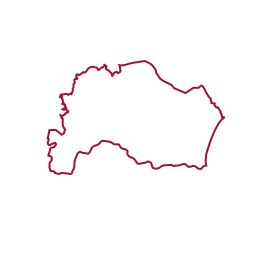 Coahuayana, Michoacán, Mexico (Albers equal-area conic projection), rotated 240°
{"feature_id": "50627088B63268830739579", "entity_name": "Coahuayana", "entity_type": "district", "adm_level": 2, "iso_a3": "MEX", "parent_name": "Mexico", "parent_adm1": "Michoacán", "projection": "albers", "projection_center": [-103.604, 18.758], "detail": "fine", "context": "isolated", "style": "outline", "palette": "rose", "viewbox_px": 256, "rotation_deg": 240, "n_neighbors": 0, "source": "geoboundaries", "source_scale": "gbopen_adm2", "svg_char_len": 5802}
<svg xmlns="http://www.w3.org/2000/svg" viewBox="0 0 256 256"><g transform="rotate(240 128 128)"><path d="M154.4,50.7L153.0,51.0L152.6,51.4L152.2,52.1L152.4,53.1L152.4,53.8L152.0,55.1L151.8,57.2L151.5,57.6L150.9,57.7L150.2,57.6L149.8,57.4L149.3,56.6L149.0,55.7L148.8,55.2L148.5,54.8L148.4,54.2L148.8,52.8L149.2,52.1L149.5,51.2L149.4,50.9L148.8,50.1L148.2,49.7L147.2,48.8L145.1,46.5L144.4,45.6L144.1,45.4L143.7,45.3L143.0,46.2L141.5,47.2L141.1,47.3L140.5,47.1L140.0,46.7L138.6,46.1L137.7,44.5L137.4,43.5L137.1,43.0L136.0,42.0L132.9,40.2L131.9,39.9L130.4,39.7L129.9,39.4L129.5,39.6L129.1,39.8L128.8,40.2L128.1,41.5L127.7,41.9L126.9,42.4L126.1,42.6L125.7,42.6L125.4,42.4L124.4,43.5L123.2,44.6L122.7,45.5L122.5,46.1L122.2,48.1L122.0,48.6L121.7,49.0L121.3,49.3L118.6,53.2L117.6,54.2L117.0,55.0L116.8,56.5L117.3,57.3L118.5,58.3L119.5,60.1L120.8,61.8L121.4,62.2L122.5,62.7L123.1,63.3L124.2,63.9L126.9,66.1L129.4,69.2L129.8,70.1L130.7,70.9L131.4,72.6L131.5,74.0L131.2,74.6L130.5,75.4L129.7,75.8L128.8,76.6L127.7,78.3L125.8,80.4L125.9,81.1L125.8,81.6L126.0,82.2L126.3,82.7L127.5,84.9L128.4,86.1L129.2,87.3L129.4,89.9L128.7,92.9L128.6,94.1L129.2,96.4L129.5,97.1L129.7,97.9L129.8,99.2L129.6,99.8L125.4,105.0L124.3,106.1L123.6,106.5L121.4,107.5L120.6,108.2L119.4,110.1L119.0,110.9L118.8,111.5L118.4,111.7L117.9,111.7L117.7,111.9L117.3,111.9L115.2,111.9L114.0,112.3L113.2,112.8L110.5,115.2L109.6,115.8L108.7,116.1L107.2,115.5L106.8,114.9L105.7,114.4L103.6,114.5L101.8,115.2L99.9,117.0L98.9,117.5L96.9,118.1L95.9,118.2L93.8,118.2L92.9,118.3L91.9,119.0L91.3,120.2L90.4,122.4L89.4,125.5L89.1,127.2L88.9,128.8L86.4,130.6L85.2,130.4L84.4,130.0L83.1,129.9L82.1,129.7L81.4,129.7L80.5,129.9L80.1,130.4L79.7,130.7L78.3,132.7L77.9,134.5L77.9,136.1L78.1,138.2L77.9,139.6L77.6,140.8L76.4,142.9L75.3,145.3L74.5,146.8L74.0,147.3L72.5,148.4L71.9,149.1L71.7,150.2L69.9,154.0L69.7,155.7L69.1,157.7L68.1,159.5L66.5,160.1L65.1,160.4L63.9,161.3L63.3,162.6L62.7,165.3L61.9,166.3L61.1,167.2L58.4,168.2L57.3,169.0L57.0,169.5L56.2,170.3L56.1,171.0L56.7,172.6L57.1,174.1L56.9,174.9L56.7,176.1L56.3,176.8L56.6,176.9L56.8,177.2L58.7,177.8L59.9,178.4L60.7,178.9L61.3,179.2L62.7,180.1L63.0,180.4L63.5,180.6L63.7,180.9L64.2,181.2L64.7,181.7L64.9,181.7L65.7,182.3L67.5,184.0L68.2,184.9L68.8,185.3L69.3,185.9L69.3,186.1L69.6,186.4L70.5,187.2L71.8,188.9L72.6,189.5L73.1,190.3L73.7,190.7L74.0,191.3L75.2,192.5L77.2,195.0L77.9,195.8L78.2,196.3L79.6,198.0L81.8,201.0L84.8,205.7L86.4,208.3L87.9,211.7L88.4,213.3L88.8,216.0L89.1,216.4L89.3,216.5L89.5,216.4L90.2,215.6L90.1,215.0L90.6,214.9L91.6,215.3L92.3,215.3L93.0,215.9L93.9,215.7L94.3,215.9L95.0,215.8L95.4,216.1L95.7,216.1L96.1,216.5L96.5,216.6L97.0,216.4L98.9,216.2L100.3,216.3L100.6,216.1L100.9,215.8L101.1,215.8L101.5,214.9L102.4,214.5L103.3,214.7L103.8,214.3L104.4,214.2L104.8,214.6L105.3,214.6L105.9,215.1L106.0,215.3L106.2,215.1L106.3,214.7L107.9,212.7L108.8,213.3L109.2,213.4L109.3,213.5L109.8,213.3L110.4,213.3L111.4,214.0L111.6,214.3L115.6,213.5L117.8,213.6L119.5,213.4L123.5,213.7L124.8,213.7L126.3,213.6L127.9,212.9L128.1,212.5L127.5,209.3L130.1,204.7L129.5,195.3L139.5,187.8L143.4,187.3L150.6,182.4L154.1,180.7L156.4,180.4L161.6,180.0L163.1,180.6L164.6,181.0L166.1,180.9L167.9,180.6L169.6,180.6L171.7,179.8L174.0,178.6L177.7,176.0L177.9,175.0L178.3,174.3L180.0,169.8L181.9,165.1L183.1,161.2L184.2,156.6L185.6,153.2L186.7,151.9L186.1,151.8L181.3,150.1L181.2,149.6L180.7,149.4L180.5,149.0L180.4,148.0L180.5,147.8L180.8,146.5L182.3,146.3L182.4,146.2L182.4,145.8L182.7,144.7L182.6,143.1L182.2,142.7L182.0,142.4L182.1,142.0L181.9,141.7L181.5,141.8L181.1,140.5L184.0,140.9L184.4,140.9L186.0,140.2L186.9,140.4L188.5,139.1L189.2,138.9L189.8,138.7L190.0,138.4L190.6,138.6L191.7,139.3L192.1,139.7L192.2,140.1L193.2,139.8L193.9,139.2L194.3,139.2L195.2,139.7L194.7,139.2L193.7,138.9L193.6,138.7L193.2,136.8L193.3,136.1L193.6,135.5L193.6,135.1L192.9,132.8L192.8,132.0L193.2,131.2L194.4,131.1L195.2,131.4L195.6,131.0L196.4,130.6L198.1,128.4L198.7,128.1L199.0,127.8L199.6,123.9L197.7,119.5L197.7,118.1L198.5,117.5L198.6,117.3L198.7,116.9L198.7,116.3L198.2,115.3L198.5,114.4L198.2,113.2L198.3,111.8L199.4,111.5L199.8,110.7L199.9,110.4L199.9,110.0L199.5,109.5L199.3,109.3L198.5,109.2L197.9,108.6L197.7,108.5L196.8,109.0L196.4,109.0L196.1,108.8L195.9,108.4L195.9,107.9L196.6,107.2L196.8,106.7L196.8,106.0L196.5,105.6L195.9,105.2L195.0,104.9L194.2,104.9L193.9,104.8L193.5,103.4L192.9,102.5L191.2,101.6L190.5,101.1L190.3,100.8L189.9,99.9L189.6,99.6L188.7,99.4L188.2,99.1L187.7,98.6L187.4,98.5L186.7,97.3L186.3,96.9L186.1,96.5L186.0,96.1L185.6,95.8L186.1,95.3L186.5,95.3L186.4,94.5L186.7,94.3L186.7,93.0L186.6,92.8L187.0,92.6L188.0,92.0L188.8,91.2L188.9,90.3L189.1,90.0L189.2,89.1L189.5,88.4L190.1,87.7L190.3,86.9L190.2,86.2L189.6,86.2L189.5,85.3L188.7,84.6L188.3,85.3L188.9,86.3L188.1,86.4L187.7,86.3L187.0,85.7L186.2,85.6L185.6,85.3L185.3,85.6L184.9,85.4L184.3,85.3L183.3,84.8L182.5,84.9L181.7,83.1L181.4,83.2L180.9,84.2L180.5,84.8L179.4,85.1L179.2,84.4L177.5,84.6L177.1,84.4L177.2,83.4L177.0,83.0L176.9,82.3L176.5,82.3L176.7,81.5L176.9,81.4L177.1,81.0L177.0,80.6L176.5,80.9L175.8,81.7L175.2,84.1L174.5,83.7L173.6,84.0L172.5,84.7L172.3,84.5L171.9,84.4L171.7,84.1L171.6,83.7L172.0,83.3L172.0,82.7L171.8,82.2L172.0,81.7L172.0,81.3L171.6,80.5L171.6,80.2L171.3,80.1L171.4,79.2L171.2,78.3L171.2,78.0L171.6,77.0L172.2,76.3L172.8,75.9L172.5,75.8L171.4,76.6L171.5,76.4L171.0,76.3L171.0,76.1L170.3,75.5L170.0,75.5L169.0,76.1L167.9,75.7L166.5,74.9L166.0,74.4L165.1,74.0L164.2,73.5L163.0,73.0L162.3,72.7L161.8,72.6L160.3,72.7L159.7,72.6L159.3,72.8L158.5,72.5L157.9,72.7L157.6,72.6L157.4,71.8L157.0,71.3L156.2,70.9L155.5,69.8L155.3,67.2L162.4,64.6L165.4,58.9L159.2,53.3L159.1,53.5L158.7,53.8L157.8,53.6L157.5,53.3L156.3,52.4L156.0,51.6L155.7,51.3L154.4,50.7Z" fill="none" stroke="#9f1239" stroke-width="2"/></g></svg>